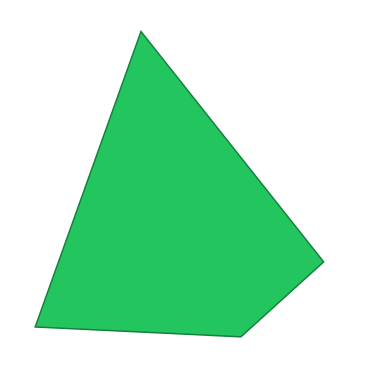 SVG path tracing the border of Denigomodu, rotated 7°
{"feature_id": "NRU-4973", "entity_name": "Denigomodu", "entity_type": "state/province", "adm_level": 1, "iso_a3": "NRU", "parent_name": "Nauru", "parent_adm1": "", "projection": "natural_earth1", "projection_center": [166.912, -0.518], "detail": "fine", "context": "isolated", "style": "filled", "palette": "green", "viewbox_px": 384, "rotation_deg": 7, "n_neighbors": 0, "source": "natural_earth", "source_scale": "10m", "svg_char_len": 226}
<svg xmlns="http://www.w3.org/2000/svg" viewBox="0 0 384 384"><g transform="rotate(7 192 192)"><path d="M52.8,345.1L121.8,38.9L331.2,245.3L258.2,329.8L52.8,345.1Z" fill="#22c55e" stroke="#15803d" stroke-width="1.5"/></g></svg>